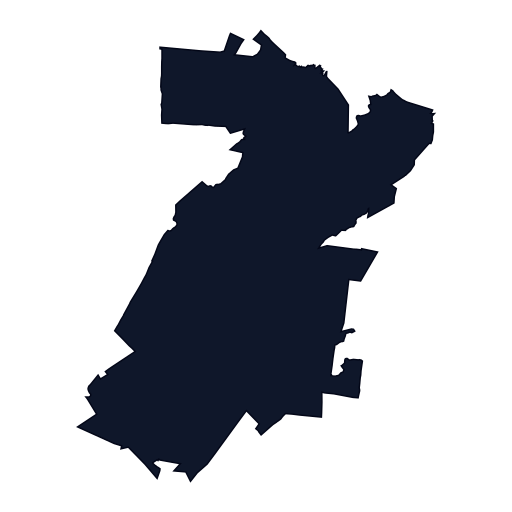 the district of Tuzantán, Chiapas, Mexico
{"feature_id": "50627088B59724502540082", "entity_name": "Tuzantán", "entity_type": "district", "adm_level": 2, "iso_a3": "MEX", "parent_name": "Mexico", "parent_adm1": "Chiapas", "projection": "orthographic", "projection_center": [-92.404, 15.141], "detail": "fine", "context": "isolated", "style": "filled", "palette": "ink", "viewbox_px": 512, "rotation_deg": 0, "n_neighbors": 0, "source": "geoboundaries", "source_scale": "gbopen_adm2", "svg_char_len": 5969}
<svg xmlns="http://www.w3.org/2000/svg" viewBox="0 0 512 512"><path d="M432.6,110.0L408.0,102.4L406.1,101.7L404.0,100.5L402.4,99.8L401.1,98.8L396.8,95.2L395.4,94.0L392.8,91.1L392.8,90.9L391.1,89.8L390.4,92.1L388.0,93.6L386.8,95.1L384.0,96.5L380.9,97.3L379.4,96.5L376.9,94.5L375.8,95.5L372.4,96.2L371.4,96.8L368.9,96.3L370.3,100.5L370.8,104.5L369.3,104.8L368.6,105.6L368.5,105.9L368.7,106.9L369.7,108.7L370.4,109.4L370.5,109.9L370.5,110.6L370.3,111.7L369.7,112.4L368.4,113.6L364.7,115.1L360.9,116.0L360.2,116.0L358.6,115.5L357.3,115.7L357.0,115.9L356.5,117.0L356.4,117.5L356.5,118.6L357.1,119.6L357.2,120.1L357.5,120.7L358.3,123.6L358.1,124.8L356.7,126.7L354.7,128.7L353.7,129.5L353.0,129.8L352.1,130.9L350.8,131.7L349.5,132.4L348.4,132.9L348.0,132.7L348.4,105.0L338.0,89.1L327.5,78.2L326.4,76.5L326.8,71.6L326.4,71.6L324.3,75.4L323.7,75.7L323.0,75.7L322.3,74.6L322.5,73.9L322.8,73.8L322.7,73.1L321.2,72.9L322.9,71.7L323.6,71.0L321.2,70.7L322.4,69.1L321.7,68.9L319.9,66.2L320.4,65.8L319.7,65.3L315.8,68.4L314.8,67.8L314.9,65.4L314.1,65.3L313.5,64.7L312.5,65.4L312.0,65.4L312.2,65.6L310.5,65.6L310.2,65.8L309.8,65.8L309.7,66.1L308.7,65.5L307.8,65.5L307.6,65.7L307.5,66.4L307.3,66.5L306.5,66.6L306.4,66.8L306.4,67.3L305.7,67.6L304.9,67.5L303.8,67.0L303.4,67.3L302.3,67.2L301.5,66.3L301.3,66.4L301.2,66.6L301.2,67.2L301.0,67.4L300.7,67.4L299.4,66.2L299.1,66.6L298.6,66.4L298.2,66.6L296.8,66.0L296.0,65.2L295.4,64.4L295.1,64.5L294.5,64.9L294.6,64.7L295.1,64.0L295.6,63.8L295.7,63.6L295.7,62.8L295.6,62.7L295.1,62.4L294.8,62.0L293.9,61.8L294.0,62.0L289.7,60.5L285.1,57.9L285.5,54.8L283.7,52.9L274.5,44.4L271.9,41.9L269.9,39.7L269.1,38.4L268.3,37.6L266.7,36.2L264.3,34.3L260.9,30.7L259.3,32.9L257.0,35.6L253.4,39.2L261.5,45.0L260.6,50.0L257.4,54.3L254.3,55.9L252.8,56.8L234.3,54.8L235.9,52.7L241.0,43.5L243.7,39.7L230.5,33.4L229.5,35.8L224.2,51.3L223.3,51.3L220.1,52.2L200.6,50.9L160.0,47.2L160.0,48.8L161.9,49.2L162.0,50.3L162.0,58.6L161.8,61.8L161.7,66.7L161.7,73.6L161.6,76.0L161.1,78.8L160.8,86.9L161.1,88.4L161.1,90.0L162.4,93.8L161.8,103.0L161.2,104.4L162.0,109.2L161.6,115.0L161.9,123.1L166.0,123.5L168.5,123.6L172.9,123.1L192.7,124.6L196.3,124.7L202.1,124.5L205.2,125.2L207.6,125.3L208.8,125.1L214.9,126.0L225.8,126.4L230.4,133.2L244.7,128.9L243.4,132.0L243.2,132.9L243.2,133.7L243.7,134.5L245.6,135.9L245.8,136.3L245.3,136.6L244.0,137.6L243.8,138.2L243.8,138.5L244.2,138.9L244.8,139.2L245.5,139.4L242.4,139.4L241.5,139.8L239.8,141.9L238.0,143.2L236.7,143.9L230.1,149.7L242.9,152.6L242.8,154.2L242.6,154.9L242.6,155.8L242.5,156.9L237.9,168.2L233.7,169.9L228.7,174.2L225.8,178.6L225.7,179.4L220.6,184.0L219.6,184.1L219.2,184.4L217.5,184.4L216.6,184.5L215.9,184.7L214.3,186.6L214.0,187.2L213.3,187.5L212.3,187.2L211.9,186.9L211.5,186.3L211.0,186.0L210.1,185.8L208.3,186.5L207.8,186.3L206.7,185.8L202.1,181.8L179.8,201.2L175.8,205.0L175.9,212.3L175.2,215.4L174.2,216.7L173.4,218.5L173.4,219.1L173.6,220.1L175.8,221.2L176.2,221.6L176.6,222.2L177.0,223.4L177.1,224.5L176.5,225.6L175.5,226.8L174.6,227.5L173.8,227.9L172.5,229.0L171.4,230.4L170.9,230.6L169.7,231.1L167.9,230.5L164.4,234.5L159.5,242.9L158.3,245.1L154.9,254.3L151.9,260.9L152.6,261.3L149.1,267.5L146.8,273.3L145.9,275.3L144.6,277.5L141.5,283.4L136.9,291.4L130.2,302.4L129.9,303.4L123.7,314.8L123.6,315.4L120.9,319.8L118.3,324.8L117.1,326.6L114.7,330.8L122.8,339.0L129.3,345.8L132.0,348.2L135.2,351.5L109.3,368.7L105.4,371.6L107.8,374.5L100.4,379.0L98.1,375.1L90.5,384.5L88.8,386.2L88.1,388.2L88.1,389.3L88.5,390.7L89.5,392.8L90.6,394.0L90.8,395.0L90.7,395.4L90.1,396.4L89.2,396.9L88.8,397.0L85.9,397.0L86.8,398.1L87.7,399.4L96.7,414.2L77.6,426.9L114.2,443.5L121.7,445.8L121.0,448.8L128.3,447.1L145.0,464.2L157.1,478.4L159.8,470.7L160.0,468.8L158.5,467.7L156.6,466.6L155.7,465.7L155.0,465.4L152.8,463.3L152.7,462.7L157.2,459.7L158.0,460.5L158.9,459.1L159.8,460.0L180.4,463.7L173.9,470.9L185.8,471.9L190.5,481.3L197.2,472.8L207.1,464.1L215.0,453.5L237.8,422.2L246.4,410.6L259.2,423.8L255.8,428.7L258.2,430.6L258.7,431.7L261.1,434.9L272.9,424.5L276.2,422.3L276.9,421.7L278.3,420.8L280.7,419.0L282.1,417.1L283.4,415.6L285.5,413.6L292.4,414.1L299.6,415.0L321.4,417.1L321.6,412.9L321.9,402.2L321.8,392.2L324.9,392.9L334.0,393.8L353.0,397.4L358.1,397.8L358.5,395.8L359.6,390.9L359.6,389.8L359.2,387.8L359.7,383.5L360.2,377.8L360.7,375.2L361.0,370.7L362.4,361.1L361.2,360.1L359.4,359.7L358.3,359.9L353.4,359.4L350.7,359.9L349.6,360.2L347.0,358.4L345.8,358.6L345.4,358.8L345.0,359.4L344.8,360.4L344.6,363.1L341.8,365.6L341.3,365.7L341.5,366.3L344.0,369.6L343.1,372.0L341.0,372.8L338.7,375.4L336.3,375.9L335.3,376.2L334.1,376.1L332.8,376.1L331.8,375.7L331.5,375.0L330.8,375.4L330.8,374.4L332.0,366.1L332.9,358.4L334.1,350.1L334.4,348.6L334.6,347.9L334.6,347.4L334.8,345.1L336.0,344.6L336.5,344.6L339.2,342.5L341.2,341.6L342.2,341.6L343.6,341.1L344.1,339.0L345.3,335.8L345.6,334.4L346.1,333.1L347.1,333.1L348.2,332.8L349.8,332.1L351.3,332.5L351.8,332.7L354.7,331.2L354.3,330.4L353.8,329.9L353.5,329.3L351.5,329.0L340.9,331.7L343.8,323.0L348.8,279.5L360.6,281.0L377.5,252.0L361.6,248.7L361.4,249.9L356.6,249.3L353.7,249.2L327.1,245.7L318.6,248.2L321.0,244.3L323.3,241.9L324.3,240.1L328.1,237.3L332.3,235.0L335.5,235.8L335.9,235.6L341.4,230.2L345.5,230.4L346.6,228.9L347.1,228.9L349.0,227.6L352.3,226.6L352.8,226.8L353.8,226.4L353.8,226.1L355.6,223.4L356.0,223.0L355.8,222.5L356.0,222.2L356.0,221.6L355.7,221.3L355.6,220.9L356.4,219.0L357.0,218.0L359.0,216.9L360.4,216.4L361.0,215.8L361.8,215.0L364.3,214.2L366.3,213.0L367.5,211.3L367.6,210.4L368.0,209.3L368.4,209.2L368.5,208.5L368.7,208.4L368.7,211.6L368.5,213.6L368.0,215.5L367.7,217.5L393.9,203.0L394.3,196.6L396.3,188.6L391.0,184.8L404.1,176.3L404.6,175.6L405.1,175.3L405.6,175.3L405.8,175.0L410.4,170.7L414.2,164.8L414.4,159.9L429.0,143.4L430.9,143.5L432.3,139.9L432.7,135.6L433.4,132.0L433.4,124.0L431.4,123.4L432.6,121.2L432.3,121.2L432.1,116.2L434.4,113.6L432.4,113.8L430.5,113.3L431.9,111.7L432.6,110.0Z" fill="#0f172a" stroke="#020617" stroke-width="1.5"/></svg>